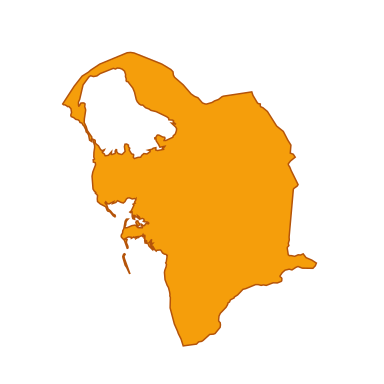 SVG path tracing the border of Balkan, rotated 348°
{"feature_id": "TKM-351", "entity_name": "Balkan", "entity_type": "Province", "adm_level": 1, "iso_a3": "TKM", "parent_name": "Turkmenistan", "parent_adm1": "", "projection": "mercator", "projection_center": [54.104, 39.835], "detail": "fine", "context": "isolated", "style": "filled", "palette": "amber", "viewbox_px": 384, "rotation_deg": 348, "n_neighbors": 0, "source": "natural_earth", "source_scale": "10m", "svg_char_len": 6070}
<svg xmlns="http://www.w3.org/2000/svg" viewBox="0 0 384 384"><g transform="rotate(348 192 192)"><path d="M157.5,42.3L160.9,42.7L164.3,44.0L189.1,60.6L196.8,67.8L198.4,70.4L198.1,73.8L198.8,76.2L205.7,85.4L211.5,95.9L214.5,99.1L217.4,101.0L220.7,107.0L223.0,108.5L224.4,109.0L230.2,108.6L232.9,107.6L237.1,107.0L241.2,105.0L242.7,104.8L271.3,106.5L271.7,110.2L274.5,118.4L275.2,119.3L277.1,120.1L276.7,122.1L276.9,122.9L278.9,124.3L282.5,128.9L288.5,145.1L293.9,151.7L296.5,161.2L298.5,166.7L296.2,174.4L298.9,176.1L300.2,179.4L294.7,182.2L292.0,184.5L292.0,185.9L292.8,187.9L293.4,191.5L297.3,206.8L296.2,208.0L292.2,209.8L291.6,210.7L277.6,256.3L277.2,259.1L275.5,262.3L275.6,264.6L274.0,265.7L273.5,266.5L273.1,273.3L274.0,274.5L275.7,274.8L279.1,276.3L282.8,275.5L285.1,276.2L287.9,275.6L289.9,279.9L295.0,283.5L298.9,287.4L297.3,289.8L294.4,291.8L284.0,289.4L280.2,286.9L278.0,287.3L273.6,289.0L271.0,287.7L266.8,287.8L263.6,289.6L260.7,292.3L260.5,293.1L261.7,294.5L261.9,295.5L261.3,297.5L260.6,298.0L256.7,298.7L252.4,297.7L245.2,298.8L242.5,297.7L240.2,297.7L237.7,296.4L234.9,295.8L224.5,297.7L221.6,297.8L215.2,302.2L211.6,303.5L211.1,304.4L207.1,305.5L205.8,307.4L204.1,308.0L203.5,309.4L201.4,311.8L194.5,316.5L192.6,319.0L191.4,322.9L191.4,324.1L192.4,325.7L192.2,327.9L191.4,330.2L185.2,335.2L183.6,335.5L179.7,335.0L172.0,339.5L170.4,340.1L167.3,340.0L164.8,341.7L151.4,340.7L150.7,333.5L149.2,327.7L148.9,325.2L147.3,317.5L146.5,300.8L148.9,290.7L148.7,289.1L149.2,287.3L149.3,284.8L149.1,280.5L148.3,278.1L147.4,272.1L148.3,265.0L149.1,263.0L151.2,259.6L152.0,257.5L151.5,255.8L152.2,255.2L154.5,249.2L154.1,249.3L154.0,248.1L153.4,247.5L151.8,246.9L151.5,246.1L150.6,245.7L149.4,242.5L148.9,242.1L145.6,241.7L144.7,242.4L143.8,241.0L142.6,237.6L142.1,238.1L143.1,240.9L141.7,239.6L141.3,238.5L141.8,236.9L141.5,235.2L143.1,234.0L141.7,233.9L141.7,232.6L142.7,229.9L139.8,232.4L140.4,232.8L140.8,239.3L138.7,236.0L138.1,232.9L137.1,232.8L137.4,230.3L136.9,229.9L135.5,232.8L135.6,229.7L136.5,226.3L135.2,227.5L136.2,224.7L134.9,225.1L135.4,223.8L135.3,223.3L134.0,224.7L133.6,224.3L131.1,224.7L130.3,225.4L129.8,225.4L129.9,224.3L129.6,224.3L128.7,225.4L127.4,225.9L128.0,224.3L126.7,224.3L126.1,224.7L125.5,223.9L123.0,224.7L123.1,223.6L120.5,222.7L116.4,223.9L118.6,225.1L117.8,226.4L117.3,228.1L118.0,231.6L117.9,233.0L117.4,233.7L116.9,233.6L115.8,225.2L113.6,221.6L113.5,220.6L113.9,219.4L115.6,217.6L116.2,215.6L117.7,213.7L120.6,206.6L122.2,204.9L123.9,205.2L122.2,206.4L120.9,208.3L120.3,210.5L119.2,211.7L119.5,213.2L121.2,213.4L126.2,212.4L129.1,212.5L130.0,212.8L131.4,215.3L132.1,215.8L135.5,216.6L136.0,216.6L136.2,216.0L136.0,214.9L135.2,214.6L135.8,213.0L137.7,215.0L138.6,214.9L139.9,213.6L140.8,213.3L142.7,214.1L143.2,213.6L143.1,213.0L142.1,212.1L139.2,211.2L138.3,210.5L139.5,209.8L139.1,208.3L137.9,207.5L135.7,207.7L135.4,205.6L134.0,203.9L134.3,206.8L131.1,203.0L129.9,202.7L130.5,204.4L129.2,203.6L129.3,204.7L130.1,205.8L130.2,206.8L128.6,205.8L128.4,203.6L129.2,199.1L127.6,199.4L127.0,198.7L128.6,197.9L132.4,192.9L131.8,191.7L134.1,191.1L133.6,190.1L135.5,187.9L135.8,186.8L135.2,187.2L134.4,186.4L132.1,186.4L129.6,184.7L128.0,184.5L126.4,185.2L124.5,187.4L122.5,188.5L120.4,187.4L117.4,185.0L115.3,186.4L112.0,186.8L113.3,185.2L108.4,186.4L107.0,186.0L105.6,183.6L104.8,184.4L104.8,185.0L105.9,187.0L106.4,191.1L108.4,193.7L110.1,197.0L112.0,198.7L112.0,199.1L109.8,197.8L111.7,199.9L111.4,200.3L109.9,198.8L108.0,194.9L107.4,194.1L105.8,193.3L105.2,192.4L104.6,188.8L104.2,188.2L99.8,184.6L97.6,181.7L97.9,179.1L98.9,175.7L97.2,172.9L97.8,172.4L96.6,170.8L95.8,168.5L97.5,155.8L99.1,151.9L103.3,145.4L103.5,143.2L101.7,142.2L102.1,140.5L101.9,140.1L103.5,139.5L103.2,137.4L104.3,132.9L106.0,128.3L106.4,126.2L105.7,119.5L107.8,121.0L108.0,121.7L107.6,123.7L108.1,124.9L110.1,127.4L111.4,131.6L113.0,132.9L115.1,132.4L114.4,133.3L112.5,134.2L112.8,135.1L114.2,136.6L114.5,138.4L115.0,138.6L117.9,138.7L121.7,135.8L120.8,138.3L121.3,138.7L124.7,138.3L125.1,138.0L125.3,136.0L126.5,134.7L127.0,134.9L126.7,136.9L127.8,139.1L130.7,140.6L131.7,140.6L135.0,138.4L135.3,133.6L136.4,131.3L138.1,131.5L139.6,132.9L139.3,134.1L139.5,135.4L140.2,136.2L139.3,137.8L140.5,141.3L141.2,142.4L142.5,143.0L142.7,143.6L141.8,145.9L142.6,147.3L146.4,146.9L149.0,147.3L150.5,145.7L152.9,144.4L155.8,145.4L159.4,143.9L159.7,143.0L157.8,141.9L161.8,141.8L163.1,141.1L165.9,141.1L165.3,143.4L166.9,144.3L173.8,144.4L171.9,143.6L172.5,142.8L174.3,142.3L175.0,141.6L169.9,141.5L169.2,138.6L167.6,134.4L167.8,132.4L166.7,132.3L166.8,131.3L167.8,131.2L169.6,129.3L170.5,129.1L171.8,129.7L174.6,132.0L176.6,132.8L176.8,133.7L175.4,135.8L177.1,136.2L184.6,134.5L185.4,133.1L187.8,131.7L189.5,128.8L190.1,126.8L189.5,125.0L186.3,120.4L188.5,121.1L190.4,122.5L188.3,119.8L188.3,119.1L188.8,118.7L188.1,117.7L184.4,116.6L184.4,114.8L182.8,113.0L173.6,105.9L168.8,103.6L167.1,101.8L164.1,99.9L161.9,96.7L160.3,96.4L158.7,95.0L157.2,92.2L156.7,90.0L156.5,82.3L155.7,78.0L152.2,70.7L150.9,70.2L150.7,69.4L151.2,67.6L150.9,65.3L151.5,63.2L151.1,59.7L149.2,57.3L147.0,55.9L144.7,55.2L142.7,55.8L140.8,54.7L126.7,57.1L123.1,58.7L119.6,58.6L117.0,57.2L115.1,58.0L107.7,64.6L101.4,78.0L99.6,80.5L99.0,83.5L99.1,84.4L99.7,84.3L101.8,81.9L104.1,82.2L105.1,82.7L105.7,83.6L104.8,86.3L105.1,88.9L104.9,90.2L101.9,98.1L101.0,101.6L102.1,106.3L102.4,110.1L105.4,117.3L105.2,118.5L104.2,120.3L104.2,121.6L102.6,120.0L102.7,114.8L101.9,112.5L101.0,111.2L101.0,108.7L99.9,104.6L99.4,104.1L98.6,101.7L96.9,100.7L96.5,98.8L95.5,97.7L93.4,96.8L91.8,94.7L89.5,93.1L89.4,91.6L90.7,89.2L90.9,85.3L89.4,82.8L88.0,82.6L87.3,81.6L85.9,80.4L84.4,79.9L83.8,79.0L98.8,64.0L108.6,55.8L115.7,53.2L118.3,51.7L128.4,47.7L157.5,42.3ZM110.9,240.6L112.2,238.6L113.3,238.4L113.5,238.8L113.6,239.3L112.2,240.3L112.0,242.6L114.2,258.6L113.9,258.6L112.4,252.2L111.4,249.7L110.8,241.9L110.9,240.6ZM131.0,209.6L132.1,208.8L132.6,209.5L133.0,209.2L133.3,210.9L134.3,212.3L134.0,213.0L132.7,214.1L132.1,214.1L130.7,210.3L131.0,209.6Z" fill="#f59e0b" stroke="#b45309" stroke-width="1.5"/></g></svg>